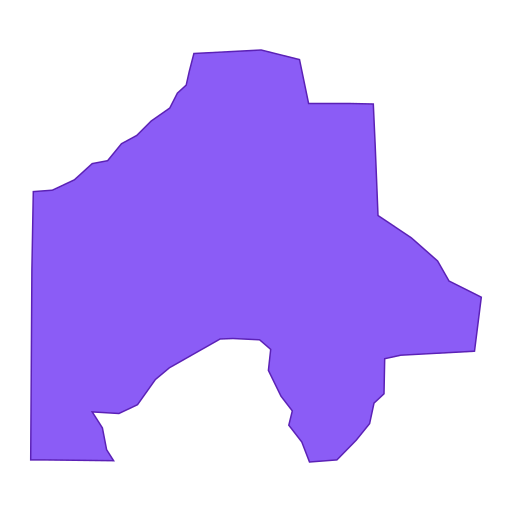 outline of Capitão, Rio Grande do Sul, Brazil
{"feature_id": "56859067B762126063802", "entity_name": "Capitão", "entity_type": "district", "adm_level": 2, "iso_a3": "BRA", "parent_name": "Brazil", "parent_adm1": "Rio Grande do Sul", "projection": "mercator", "projection_center": [-51.981, -29.282], "detail": "fine", "context": "isolated", "style": "filled", "palette": "violet", "viewbox_px": 512, "rotation_deg": 0, "n_neighbors": 0, "source": "geoboundaries", "source_scale": "gbopen_adm2", "svg_char_len": 766}
<svg xmlns="http://www.w3.org/2000/svg" viewBox="0 0 512 512"><path d="M481.3,297.2L449.0,281.0L437.6,261.0L411.4,237.9L378.0,215.5L375.2,145.8L373.3,104.0L350.1,103.5L308.6,103.5L299.5,59.6L261.2,50.0L193.9,53.5L189.3,71.3L186.2,85.1L177.4,93.1L169.8,108.0L151.2,121.0L136.8,135.4L121.5,143.7L107.6,160.7L92.2,163.6L74.4,179.8L52.3,190.2L33.3,191.6L31.9,269.3L30.7,459.9L44.0,459.9L113.6,460.7L106.6,449.7L102.4,427.9L92.2,411.9L118.9,413.5L137.5,404.7L155.4,379.5L169.5,367.7L220.1,339.0L232.9,338.5L259.6,339.8L270.7,349.4L268.4,370.4L281.0,396.2L292.3,410.9L288.8,425.2L301.8,442.0L309.5,462.0L336.9,459.9L356.2,440.2L369.6,423.6L374.0,403.1L384.0,393.8L384.7,358.7L400.7,355.2L474.5,351.2L481.3,297.2Z" fill="#8b5cf6" stroke="#5b21b6" stroke-width="1.5"/></svg>